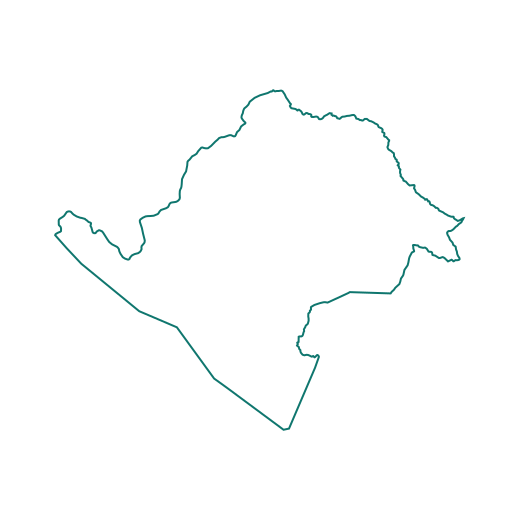 the district of Patuca, Olancho, Honduras, rotated 279°
{"feature_id": "27666195B65375396253537", "entity_name": "Patuca", "entity_type": "district", "adm_level": 2, "iso_a3": "HND", "parent_name": "Honduras", "parent_adm1": "Olancho", "projection": "orthographic", "projection_center": [-85.91, 14.325], "detail": "fine", "context": "isolated", "style": "outline", "palette": "teal", "viewbox_px": 512, "rotation_deg": 279, "n_neighbors": 0, "source": "geoboundaries", "source_scale": "gbopen_adm2", "svg_char_len": 6120}
<svg xmlns="http://www.w3.org/2000/svg" viewBox="0 0 512 512"><g transform="rotate(279 256 256)"><path d="M154.9,331.8L166.2,333.9L166.7,333.7L167.4,333.1L167.8,332.3L167.6,331.7L165.5,330.2L165.1,329.7L165.2,329.4L166.1,328.3L166.0,327.8L165.4,327.1L165.3,326.6L166.1,324.2L166.4,322.9L166.3,321.3L165.5,319.3L165.7,317.8L165.9,317.3L167.5,315.5L168.5,314.9L170.0,314.5L170.9,313.3L172.9,312.4L173.7,310.8L174.0,310.5L175.5,311.1L175.9,311.0L176.5,310.4L176.8,310.3L177.1,310.5L177.8,311.5L182.9,310.8L183.3,311.3L183.7,313.4L184.1,314.0L184.6,314.4L185.7,314.7L188.1,314.9L189.3,315.3L191.1,314.8L193.6,315.8L194.4,315.9L195.1,316.1L196.7,317.5L197.4,317.8L200.3,318.1L202.6,317.7L204.3,317.1L207.2,316.7L207.7,316.9L208.3,317.5L209.3,318.0L210.4,317.8L211.6,318.7L213.8,318.3L214.3,318.4L214.5,318.6L216.8,321.4L219.4,326.4L220.9,330.0L221.2,331.6L221.2,334.0L233.9,353.0L235.0,354.3L240.1,394.8L241.8,395.6L244.2,397.5L246.5,398.6L250.7,402.0L253.3,402.5L256.4,402.7L259.5,404.2L260.5,404.5L265.5,404.8L270.5,407.2L273.4,407.5L277.6,407.6L279.4,407.9L283.8,409.4L285.3,411.4L285.9,411.3L288.1,410.2L290.1,409.8L290.8,409.4L291.2,409.4L291.5,409.7L291.7,411.1L291.6,413.0L291.8,414.1L291.5,414.7L290.8,415.2L290.4,416.6L290.2,419.8L290.7,421.4L290.7,421.9L289.8,423.6L287.4,425.7L287.3,426.4L287.5,428.3L287.3,428.9L286.8,429.4L284.7,430.1L284.6,430.4L284.4,433.0L282.6,437.0L282.8,438.0L284.1,440.4L284.0,441.2L283.5,442.5L280.7,446.5L282.9,449.7L282.7,450.3L281.7,451.7L281.7,452.1L283.1,453.6L283.3,455.3L283.6,456.3L284.2,457.3L284.8,457.6L285.9,457.2L287.7,455.5L289.5,454.4L291.8,453.7L293.7,452.6L296.5,451.7L297.8,449.1L300.0,448.0L302.4,445.0L304.6,443.8L306.9,441.9L308.7,441.1L309.7,441.4L310.7,442.2L311.2,444.4L312.1,445.6L313.3,446.8L316.3,448.9L317.2,450.0L319.2,451.3L321.0,453.2L322.0,453.8L323.2,454.0L324.4,454.7L325.8,455.1L325.5,454.4L323.2,451.7L322.2,449.8L323.1,447.9L323.4,447.0L323.9,446.1L324.4,445.5L325.6,445.0L325.7,444.4L325.4,443.4L325.4,442.4L326.0,439.3L326.7,437.8L327.4,435.7L328.4,434.0L329.5,429.8L329.9,429.4L331.1,428.7L331.5,428.0L331.9,427.0L331.7,426.0L333.0,424.3L333.6,422.9L333.8,422.4L333.8,421.1L334.1,420.5L334.9,419.6L335.8,419.4L336.9,418.8L337.2,418.1L336.9,417.5L338.8,416.0L338.8,415.5L338.2,414.8L338.1,414.3L338.6,414.1L339.9,411.6L340.5,409.8L342.5,407.0L343.9,404.1L344.4,403.7L346.0,402.9L347.6,401.5L350.0,401.7L350.7,401.3L350.8,400.9L349.7,396.7L350.7,395.0L352.9,392.4L353.5,389.9L354.0,389.6L354.6,389.6L355.2,389.1L357.7,386.2L358.7,386.4L360.6,385.3L362.4,385.0L363.9,385.1L365.3,383.5L366.0,383.2L367.0,383.1L367.3,382.4L367.8,381.8L369.2,382.6L370.1,382.4L370.5,381.9L371.4,380.2L372.9,380.0L373.3,379.6L373.4,378.9L373.7,378.5L374.8,377.9L376.1,376.7L378.1,376.4L379.2,375.9L379.6,374.8L380.7,373.3L381.8,370.5L382.4,369.8L383.8,368.9L384.3,368.8L386.3,369.3L388.9,369.0L390.5,369.5L391.2,369.4L391.5,368.7L393.8,366.1L394.1,364.2L394.4,363.9L395.1,363.6L396.4,363.8L397.3,363.6L397.6,363.4L398.2,361.4L399.0,361.2L400.3,361.4L401.2,360.8L401.8,359.8L402.5,357.1L403.0,356.6L404.1,356.1L404.7,355.5L405.2,354.3L405.4,353.1L406.3,351.3L407.1,348.7L407.1,347.0L408.7,344.1L408.4,342.0L406.5,340.3L406.4,339.5L406.7,338.3L406.5,337.3L407.3,335.7L407.4,333.6L409.5,332.3L410.4,331.1L410.6,330.5L410.2,328.8L409.2,326.5L408.6,324.0L407.6,321.7L407.1,319.6L406.4,318.7L405.0,317.7L404.5,316.9L404.7,316.2L404.8,314.7L405.8,314.0L406.6,312.9L406.5,311.7L406.9,310.8L406.5,309.8L406.9,309.4L407.3,308.5L408.6,308.4L408.6,306.3L406.6,304.1L405.8,302.9L404.5,301.3L403.1,300.7L402.0,299.8L401.4,298.9L401.1,297.9L401.1,296.9L402.8,295.4L403.2,294.2L403.1,293.4L402.2,290.8L402.1,289.2L402.5,288.7L403.9,288.6L404.3,288.2L404.6,287.2L404.5,285.5L405.1,284.6L405.1,283.2L403.4,281.6L403.1,281.1L403.1,280.6L403.7,279.6L405.0,278.8L405.9,278.0L407.2,275.7L407.1,274.9L406.8,274.6L406.3,274.4L406.2,274.1L407.1,272.7L407.4,271.7L407.5,268.0L408.0,267.1L409.5,266.0L411.1,266.7L411.6,266.6L412.1,265.8L415.2,263.0L417.2,261.0L420.1,259.1L422.9,256.5L423.2,255.6L423.3,254.9L422.6,252.9L422.2,250.6L421.6,249.1L421.8,248.2L422.4,247.4L422.3,246.9L420.9,245.8L420.8,244.8L418.8,242.1L415.4,234.9L412.0,229.9L407.4,225.7L404.3,224.8L402.1,223.3L400.1,221.5L399.2,221.1L397.3,220.7L394.8,220.6L393.2,220.1L391.9,219.9L390.5,220.0L389.6,220.5L387.4,222.7L386.2,224.5L385.9,224.7L385.4,224.7L384.7,224.2L384.0,223.2L381.6,221.0L377.9,219.9L375.4,217.9L371.9,217.0L371.1,216.6L370.8,216.0L370.7,215.1L371.4,212.6L371.3,211.4L370.9,210.3L368.8,206.5L368.3,205.3L367.9,203.2L366.7,201.1L364.9,199.9L362.6,197.9L357.8,194.5L355.0,191.8L354.7,190.9L354.5,189.6L354.5,188.0L354.8,186.0L354.4,185.0L350.5,182.5L347.7,181.3L346.1,179.6L344.5,177.4L340.8,175.3L339.4,174.1L338.2,173.6L334.7,173.9L328.6,173.7L325.0,172.2L320.3,170.9L315.2,171.4L312.9,171.5L311.6,171.4L309.8,170.8L308.3,170.6L305.3,170.9L301.5,171.7L300.0,171.5L298.4,170.4L297.2,169.0L296.7,167.8L295.7,164.5L295.1,163.3L293.9,162.5L291.4,161.8L290.4,161.3L289.1,159.7L286.6,155.0L284.9,153.8L282.7,152.9L282.0,152.3L279.8,148.7L279.0,145.6L278.4,142.6L277.8,140.7L276.0,138.1L274.0,136.1L272.9,135.7L271.4,136.0L265.8,138.9L260.3,141.0L254.0,143.7L252.3,143.8L251.2,143.5L247.9,141.5L246.5,141.5L244.9,141.9L243.3,141.5L242.0,140.8L240.4,139.2L238.9,135.8L237.3,133.5L235.7,132.4L234.4,131.7L233.5,131.6L232.7,130.9L232.4,130.2L232.5,129.4L232.9,127.1L234.0,124.6L237.0,121.8L239.2,120.3L241.5,119.4L242.6,118.3L243.3,117.3L245.0,112.0L246.9,108.8L249.3,106.5L255.2,101.3L256.3,100.0L256.9,97.6L256.9,96.9L255.4,95.0L253.5,93.9L253.2,92.6L253.5,91.5L254.1,90.9L258.3,89.0L259.9,87.8L262.1,88.0L262.7,87.8L263.1,87.0L263.4,85.3L264.8,83.2L265.3,82.0L265.9,81.2L266.3,77.8L266.3,76.4L267.0,72.7L268.3,69.5L269.2,68.1L270.6,66.4L270.9,65.3L270.8,64.1L270.4,63.1L269.8,62.2L265.7,60.2L264.3,58.9L262.1,56.4L261.1,55.7L260.0,55.6L256.2,56.3L255.6,56.6L254.5,58.1L253.8,58.7L252.5,59.2L250.1,59.5L249.4,59.0L247.9,56.6L246.5,54.9L245.9,54.5L245.1,54.4L234.0,67.9L221.0,84.7L183.2,149.3L173.2,189.0L128.4,233.8L121.4,247.7L88.7,310.4L90.7,315.6L154.9,331.8Z" fill="none" stroke="#0f766e" stroke-width="2"/></g></svg>